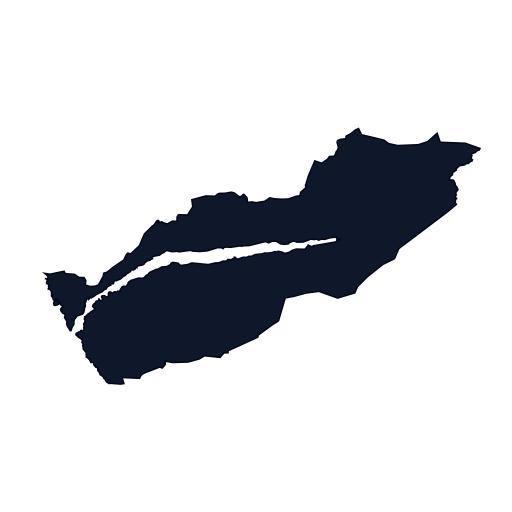 Forsand nor, Rogaland, Norway, rotated 8°
{"feature_id": "86288312B53803854392710", "entity_name": "Forsand nor", "entity_type": "district", "adm_level": 2, "iso_a3": "NOR", "parent_name": "Norway", "parent_adm1": "Rogaland", "projection": "mercator", "projection_center": [6.322, 59.02], "detail": "fine", "context": "isolated", "style": "filled", "palette": "ink", "viewbox_px": 512, "rotation_deg": 8, "n_neighbors": 0, "source": "geoboundaries", "source_scale": "gbopen_adm2", "svg_char_len": 6035}
<svg xmlns="http://www.w3.org/2000/svg" viewBox="0 0 512 512"><g transform="rotate(8 256 256)"><path d="M342.7,286.3L359.0,278.8L360.7,272.4L369.0,261.3L382.8,246.7L393.5,239.4L396.4,228.8L439.3,185.8L447.3,177.0L445.4,174.9L445.9,173.9L445.8,172.4L446.7,171.0L445.2,170.1L445.0,169.1L445.9,167.8L445.3,166.8L445.1,165.2L446.8,162.2L445.5,160.1L443.5,158.0L443.0,156.2L441.4,153.8L440.5,153.4L436.7,153.6L437.3,150.3L439.3,148.2L439.1,147.2L439.3,146.0L442.5,142.9L442.0,141.8L445.0,138.3L450.0,136.7L450.8,135.5L453.5,134.7L455.0,132.8L456.6,132.0L457.0,130.5L455.2,129.5L455.9,126.7L455.3,125.3L455.5,124.6L458.6,123.1L460.5,120.8L462.2,120.2L462.9,118.3L447.5,115.2L422.6,117.7L418.3,109.2L410.1,118.8L401.2,123.2L380.9,126.9L371.6,126.2L366.5,123.4L343.6,121.2L339.8,115.5L336.9,117.3L332.6,121.9L328.8,124.5L328.4,125.3L328.9,126.5L328.1,127.5L323.8,128.6L320.8,130.2L320.4,131.4L320.5,132.3L322.7,137.6L322.2,138.3L322.2,139.6L321.0,141.3L320.2,145.1L319.1,146.5L314.9,147.2L313.3,150.3L308.0,155.0L301.0,153.6L296.7,169.5L295.5,177.2L295.7,178.1L295.1,178.6L295.7,181.6L291.3,186.7L291.1,190.2L287.6,191.2L280.1,195.0L273.6,196.2L265.4,196.8L261.7,196.4L257.0,200.6L248.8,203.1L244.4,203.0L240.2,204.1L239.0,199.6L235.5,196.6L234.8,196.8L233.3,198.9L231.3,199.7L225.8,196.6L222.8,196.2L216.5,198.2L211.2,199.0L209.5,199.9L207.1,202.5L197.9,203.5L184.6,209.2L186.5,216.1L182.5,224.9L173.5,225.9L172.4,228.3L172.8,232.2L172.4,232.7L168.4,233.1L163.8,236.6L159.6,236.0L158.0,235.2L155.3,236.5L155.1,236.3L155.1,235.0L154.1,234.3L153.4,234.6L152.5,235.6L151.5,238.0L149.9,240.4L149.3,240.6L142.4,249.7L139.1,262.0L131.6,271.4L128.6,270.9L127.2,273.1L125.7,278.3L116.4,286.7L110.9,292.6L107.7,294.2L108.1,294.5L107.4,295.9L107.7,296.8L105.7,302.1L105.8,302.6L105.4,303.0L103.9,306.7L100.9,308.2L96.1,309.3L90.9,308.4L91.0,304.2L88.8,301.3L83.7,301.8L78.8,299.4L69.7,300.0L68.1,297.8L54.4,302.7L49.1,302.6L52.7,304.8L52.5,305.3L53.3,306.9L53.1,307.4L50.1,307.8L52.0,308.0L53.4,309.0L53.5,309.5L52.5,309.6L52.3,312.0L53.0,312.7L54.8,312.9L54.8,315.3L55.8,316.8L54.9,317.0L54.8,317.6L57.2,318.1L57.6,319.0L58.3,319.3L58.7,321.6L59.4,322.1L58.8,322.9L59.1,324.3L60.7,325.6L61.0,326.9L62.1,328.0L64.1,327.7L64.7,326.4L64.1,325.8L67.1,327.5L66.7,328.6L64.5,328.2L62.4,329.6L62.2,331.3L62.9,332.8L63.8,333.0L65.8,332.2L67.4,331.1L67.8,330.5L67.7,329.8L68.1,329.5L68.8,329.8L68.9,330.8L69.6,331.7L72.3,332.8L72.7,333.4L72.4,333.9L71.0,333.9L70.0,335.6L70.0,336.3L70.7,337.8L72.7,339.6L75.0,340.3L75.2,341.5L74.9,342.8L75.2,343.9L77.9,347.1L78.1,350.0L78.6,351.2L82.4,355.8L82.9,355.8L83.3,355.5L83.7,352.5L85.2,348.9L84.7,345.6L85.1,344.0L87.2,340.3L92.2,337.8L93.2,336.2L93.6,333.6L93.4,331.1L93.9,330.3L94.0,329.0L93.2,326.2L93.9,324.9L94.0,323.0L94.3,322.4L95.6,321.6L96.3,322.4L97.6,320.3L98.8,320.4L100.2,318.9L100.8,319.0L102.7,316.8L108.7,312.7L110.6,310.3L112.0,309.7L113.3,307.0L116.3,305.0L115.5,303.7L118.3,303.5L118.7,303.0L119.0,301.0L119.8,300.0L121.0,300.0L125.2,297.5L126.9,295.2L129.4,293.3L130.2,291.8L132.8,289.8L134.0,288.3L134.7,286.6L136.3,287.0L137.7,286.1L138.5,285.0L138.4,284.1L139.7,284.1L139.5,283.4L140.0,283.0L140.2,282.3L144.5,280.9L146.1,279.8L147.0,278.0L149.3,275.8L151.5,275.1L152.4,273.9L153.7,273.4L154.0,272.9L153.7,271.9L153.8,271.2L154.2,270.7L160.3,268.6L162.9,266.1L164.5,265.3L165.6,263.6L167.5,263.0L172.1,263.5L177.1,262.4L179.2,262.6L190.5,259.5L192.5,260.0L199.8,259.4L207.0,257.7L216.9,253.1L220.7,252.6L222.4,253.3L223.3,251.9L225.3,251.3L229.9,250.9L238.6,248.3L240.9,248.3L241.3,247.8L247.7,246.7L263.4,240.4L266.7,241.2L270.0,239.1L273.9,238.6L278.7,240.6L282.7,240.5L286.3,239.5L287.6,237.9L291.3,235.9L294.6,236.6L301.0,235.6L307.9,231.7L311.5,231.6L313.6,230.9L316.0,231.6L317.8,230.5L322.0,229.9L326.8,227.7L333.2,226.0L333.8,226.6L333.6,226.9L333.8,227.7L333.6,227.8L333.8,228.0L333.9,229.5L335.2,229.3L336.5,227.4L336.9,227.9L335.8,229.3L333.9,229.9L332.8,231.0L311.7,237.8L309.5,239.0L306.1,237.9L305.8,239.2L305.0,239.9L303.6,242.5L294.9,243.5L290.7,245.6L288.7,247.5L284.4,249.4L280.3,248.3L277.0,248.3L275.2,249.5L274.3,248.9L270.9,250.5L266.8,251.6L264.4,251.7L261.5,253.1L255.1,254.6L251.8,256.8L248.6,257.4L247.4,258.5L243.2,259.1L238.8,261.4L237.0,261.6L236.0,260.3L235.0,260.1L234.6,260.2L234.7,261.0L231.9,263.1L228.7,263.3L228.3,263.6L228.2,264.4L227.0,265.2L224.2,265.6L220.1,267.9L216.7,268.5L209.9,271.1L193.4,271.8L189.5,274.0L183.2,275.7L181.8,275.6L180.1,274.0L174.5,273.8L172.8,275.2L172.7,276.0L172.1,276.7L169.3,278.8L164.1,280.0L160.6,282.8L159.1,283.1L153.3,286.8L152.3,287.9L151.8,289.2L150.4,290.0L148.2,292.9L147.1,293.8L142.7,294.2L135.4,297.7L133.5,299.6L133.0,300.5L133.3,301.4L132.4,302.6L132.0,304.1L128.9,304.4L127.6,305.3L126.1,308.8L126.1,309.8L125.8,309.9L126.1,310.1L123.9,310.0L123.2,311.1L120.8,311.1L119.0,312.6L116.5,311.8L115.5,312.1L115.0,313.6L115.4,316.0L114.2,317.5L111.4,316.4L109.0,316.9L108.7,317.9L110.0,320.3L109.6,321.6L108.4,321.9L106.4,320.4L106.2,320.8L106.5,322.0L104.2,322.9L103.5,323.9L103.8,324.8L102.8,325.3L101.4,327.1L101.2,328.4L102.1,329.5L103.4,329.9L103.3,331.8L100.0,334.5L99.0,335.9L98.1,336.3L95.7,339.5L94.7,339.9L95.0,341.0L94.7,342.4L95.6,343.4L95.6,344.8L96.0,345.1L94.7,346.9L94.9,348.1L95.8,349.8L95.3,350.6L95.9,352.4L95.6,352.8L95.6,353.5L94.5,354.4L93.4,353.9L92.8,354.3L92.3,355.5L91.0,355.9L88.9,357.6L88.5,358.2L88.6,359.0L91.1,360.9L95.9,363.3L95.6,365.7L97.0,367.2L96.9,369.1L97.6,370.4L97.9,372.3L101.3,375.2L102.0,379.7L103.2,380.1L105.7,382.0L107.3,384.5L109.9,383.9L110.7,386.5L112.9,388.5L114.9,388.8L115.2,391.4L116.8,392.8L118.3,395.3L121.3,396.6L122.4,398.4L123.4,398.9L125.3,401.4L128.3,402.8L129.0,402.4L139.8,401.7L143.0,400.7L140.3,395.0L157.7,393.3L159.1,389.6L161.9,387.3L176.1,379.4L178.7,380.0L181.1,376.4L180.9,372.8L188.2,373.1L203.3,370.5L214.1,365.9L218.9,362.0L234.6,361.4L237.7,356.5L241.8,355.7L241.6,353.7L269.0,336.2L269.5,333.8L281.7,321.9L287.3,317.1L290.8,293.5L299.8,290.4L310.8,285.7L323.2,282.3L342.7,286.3Z" fill="#0f172a" stroke="#020617" stroke-width="1.5"/></g></svg>